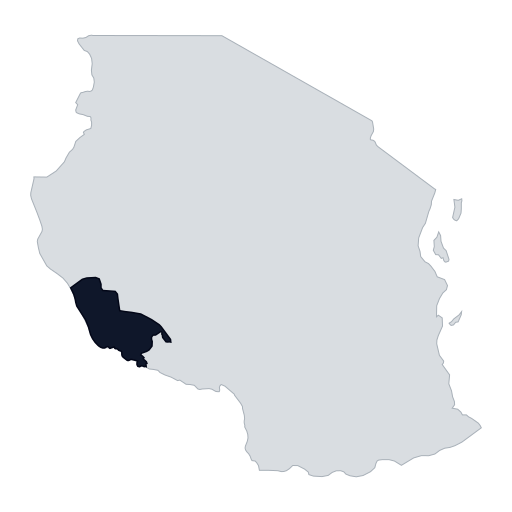 location of Rukwa within United Republic of Tanzania
{"feature_id": "TZA-3336", "entity_name": "Rukwa", "entity_type": "Region", "adm_level": 1, "iso_a3": "TZA", "parent_name": "United Republic of Tanzania", "parent_adm1": "", "projection": "orthographic", "projection_center": [31.645, -7.987], "detail": "fine", "context": "in_parent", "style": "filled", "palette": "ink", "viewbox_px": 512, "rotation_deg": 0, "n_neighbors": 0, "source": "natural_earth", "source_scale": "10m", "svg_char_len": 5122}
<svg xmlns="http://www.w3.org/2000/svg" viewBox="0 0 512 512"><path d="M177.6,380.6L171.0,377.1L165.0,375.0L160.1,372.6L157.9,370.3L153.3,369.4L149.3,369.0L145.6,366.8L138.0,366.0L137.1,364.6L137.0,361.4L135.7,360.6L132.9,359.8L129.9,359.8L128.1,360.3L127.0,360.1L124.6,358.2L122.3,355.8L121.4,352.0L117.9,349.6L113.9,347.6L102.7,347.9L101.0,347.3L98.3,345.4L95.2,342.2L92.7,338.6L90.5,333.6L88.2,327.0L75.4,300.5L74.0,295.5L71.5,290.0L67.4,283.2L63.0,278.1L57.1,273.6L50.4,269.0L46.8,265.9L39.8,253.5L38.4,247.7L37.3,241.6L37.7,239.2L42.0,231.4L42.4,229.2L41.9,226.2L39.8,220.0L37.0,212.5L31.5,198.8L30.7,195.4L30.8,192.8L34.0,178.8L33.9,176.9L46.8,177.1L56.2,171.0L64.4,161.8L66.0,158.0L69.4,152.2L72.6,149.3L73.9,147.2L75.8,141.4L80.1,137.4L84.3,134.4L83.4,132.3L84.0,131.5L86.3,129.9L90.8,128.5L91.6,125.4L91.6,122.0L90.9,120.1L91.0,117.8L90.3,116.6L87.4,116.3L83.1,114.6L79.4,113.9L77.0,112.9L76.1,112.1L75.7,110.0L77.7,104.7L75.7,102.6L80.2,93.7L81.0,92.7L82.6,92.5L85.2,91.6L87.6,91.2L89.6,91.5L91.0,91.1L92.3,90.1L93.4,87.1L94.3,82.1L93.8,78.1L91.9,74.9L91.4,70.2L92.2,63.7L91.6,58.4L89.6,54.1L87.4,51.6L84.2,50.4L79.1,43.9L77.5,40.8L77.8,38.8L79.6,38.0L82.8,38.2L85.9,37.5L88.7,35.7L91.5,35.2L92.9,35.5L221.9,35.7L371.9,120.8L372.5,121.9L373.7,129.1L373.4,131.5L371.1,135.7L370.4,137.8L370.3,139.3L370.9,139.9L372.9,140.2L374.5,141.2L375.1,142.0L376.4,145.1L378.0,146.7L434.4,188.8L435.7,189.5L434.8,192.9L431.5,201.2L431.3,204.7L430.0,208.8L428.8,211.5L425.4,223.3L422.6,227.6L418.7,237.9L418.1,245.8L420.0,251.4L420.7,256.6L425.0,261.8L428.5,263.6L430.8,266.0L434.9,271.4L437.2,276.8L444.6,279.6L447.5,285.6L446.4,289.7L442.8,293.0L439.5,298.5L436.7,305.7L436.5,316.8L438.3,315.2L442.2,317.9L442.5,326.1L438.3,335.6L436.9,340.0L436.7,343.8L439.4,355.3L443.7,361.1L443.4,363.0L442.2,364.5L449.6,374.9L448.8,383.8L451.5,390.8L452.6,396.8L454.4,401.5L454.6,404.7L452.2,408.2L457.7,409.2L460.9,412.1L462.4,414.9L466.4,414.9L468.5,416.8L471.6,418.4L478.4,423.2L480.2,425.6L481.3,427.8L461.9,442.1L454.9,445.7L450.0,447.4L444.7,448.2L439.7,450.4L434.9,454.0L428.8,455.7L421.5,455.6L413.7,457.9L401.4,465.3L394.4,461.0L388.9,459.6L382.5,459.6L378.6,460.1L377.1,461.0L375.9,463.5L374.8,467.7L370.5,471.7L363.1,475.5L356.3,476.8L350.1,475.8L345.9,474.1L343.8,471.8L340.6,470.7L336.3,470.8L332.2,472.4L328.2,475.4L322.0,476.6L313.4,476.1L308.9,474.6L308.3,472.1L304.6,469.1L297.8,465.6L292.7,465.5L289.4,468.7L286.4,470.7L283.7,471.5L281.3,471.6L277.9,470.7L268.4,470.3L259.4,470.3L258.5,465.6L256.7,462.7L255.1,461.0L252.0,460.6L251.2,459.2L250.2,456.3L248.7,453.8L246.7,451.7L245.5,449.8L245.1,448.0L245.4,446.1L247.3,441.3L248.0,438.0L247.8,434.6L246.8,431.1L244.7,426.9L244.9,425.8L244.2,422.9L244.2,421.0L244.6,418.5L244.3,415.3L242.5,408.4L242.5,406.6L240.6,403.2L234.6,395.3L234.3,394.2L225.0,386.2L221.2,384.5L219.9,385.9L219.4,387.3L219.7,389.9L219.5,391.1L219.1,391.7L216.9,391.6L215.5,391.3L211.9,389.2L209.1,388.6L202.2,389.0L199.8,389.5L197.9,389.0L194.3,385.3L190.0,384.5L186.1,384.3L179.8,380.1L177.6,380.6ZM446.1,250.6L449.0,259.4L448.6,261.1L446.4,262.0L445.2,262.1L443.9,260.7L443.0,257.7L441.3,258.4L438.5,254.8L435.7,254.6L433.3,250.3L434.3,246.6L433.9,240.4L436.9,237.2L438.7,231.9L440.6,235.6L441.0,241.3L443.5,248.1L446.1,250.6ZM461.7,198.8L461.9,200.8L461.3,202.8L461.3,209.0L461.0,213.1L458.6,218.8L456.7,220.8L455.0,220.2L453.7,219.2L452.6,217.6L454.9,207.2L453.9,199.5L458.3,200.3L461.7,198.8ZM453.5,324.9L451.3,325.4L450.4,324.9L449.1,323.2L451.5,321.7L453.8,318.9L459.1,314.9L461.6,311.6L461.2,314.8L458.1,321.9L455.6,322.3L453.5,324.9Z" fill="#d9dde1" stroke="#a8b0b8" stroke-width="1"/><path d="M89.5,330.7L88.5,327.0L85.5,319.7L76.8,306.1L75.7,302.2L75.3,299.5L73.8,294.4L70.7,287.8L82.3,279.3L86.7,278.0L95.6,277.5L99.2,278.9L101.0,284.2L101.0,287.8L102.8,290.5L108.5,290.9L115.2,291.4L117.4,294.1L117.9,298.6L118.8,304.8L119.7,310.7L125.0,311.6L131.7,312.4L140.8,314.0L151.7,319.7L159.3,324.8L161.2,326.8L170.5,339.4L170.8,342.1L169.3,341.8L167.7,342.0L166.0,341.8L162.7,337.5L162.5,336.3L162.4,335.1L161.8,334.1L162.0,332.8L161.8,332.0L160.8,331.5L155.6,335.0L153.1,335.1L151.6,336.9L151.5,339.2L152.2,341.5L152.0,346.1L149.0,350.0L146.6,351.4L141.5,353.2L140.7,354.9L142.5,356.1L144.0,357.7L143.2,358.8L143.9,359.6L144.8,360.3L146.4,361.8L146.9,363.4L146.2,363.5L145.9,364.0L146.2,366.4L146.2,366.7L145.7,366.5L145.4,366.4L144.6,366.6L144.2,366.7L143.8,366.5L142.6,365.9L141.6,365.7L140.9,366.0L140.3,366.4L139.5,366.8L137.8,366.3L137.0,364.7L137.0,362.7L137.7,361.0L131.7,359.4L130.7,359.4L129.3,360.2L128.5,360.5L127.7,360.5L127.0,360.2L123.1,357.2L122.1,355.9L121.8,354.2L121.8,352.7L121.6,351.6L120.7,350.9L119.2,350.5L118.5,350.1L117.7,349.1L117.0,348.7L116.4,348.7L115.9,348.7L115.3,348.7L114.8,348.3L114.7,348.0L114.5,347.3L114.4,347.0L114.0,346.8L113.9,346.9L113.8,347.0L113.5,347.2L113.0,347.3L110.9,348.0L110.6,348.2L110.2,348.3L109.7,348.3L109.3,347.9L108.5,346.9L108.0,346.6L107.1,346.6L106.2,347.0L105.4,347.6L104.5,348.0L102.8,348.0L101.0,347.4L99.3,346.4L98.0,345.3L95.2,342.4L92.6,338.7L90.6,334.6L89.5,330.7Z" fill="#0f172a" stroke="#020617" stroke-width="1.5"/></svg>